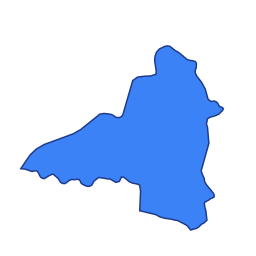 an SVG outline of Valga, rotated 101°
{"feature_id": "EST-2349", "entity_name": "Valga", "entity_type": "County", "adm_level": 1, "iso_a3": "EST", "parent_name": "Estonia", "parent_adm1": "", "projection": "mercator", "projection_center": [26.16, 57.869], "detail": "fine", "context": "isolated", "style": "filled", "palette": "blue", "viewbox_px": 256, "rotation_deg": 101, "n_neighbors": 0, "source": "natural_earth", "source_scale": "10m", "svg_char_len": 1733}
<svg xmlns="http://www.w3.org/2000/svg" viewBox="0 0 256 256"><g transform="rotate(101 128 128)"><path d="M52.2,115.1L48.2,114.5L44.4,112.2L40.9,107.5L39.9,105.0L39.8,102.9L39.8,102.5L43.0,96.4L44.0,93.2L45.3,90.5L49.4,83.3L49.8,80.5L49.7,77.4L49.8,74.9L51.4,73.2L55.7,72.5L58.3,73.0L61.1,72.5L63.9,70.5L68.8,64.8L75.0,59.6L84.3,55.0L85.4,53.3L86.1,51.1L85.3,49.4L85.1,48.0L85.6,46.0L86.8,44.5L89.2,42.5L89.6,41.1L89.8,39.6L90.8,38.1L92.8,38.5L97.3,41.7L99.6,45.2L101.7,49.4L103.7,51.7L109.0,51.8L112.4,50.0L127.7,45.7L156.0,48.0L159.2,46.3L163.0,43.5L165.8,42.7L168.8,40.1L175.5,32.0L177.5,30.5L179.6,30.4L181.5,33.3L183.1,34.8L186.4,38.7L188.3,38.4L191.5,37.3L193.8,36.0L203.5,32.9L206.7,35.3L208.3,37.3L211.9,39.9L213.4,41.6L216.2,47.1L212.9,50.8L212.3,51.9L211.2,55.3L209.3,62.1L209.5,64.7L209.2,68.1L209.6,74.4L209.1,80.1L207.7,84.1L207.0,100.7L187.6,103.6L182.0,105.6L181.4,107.2L181.2,109.8L181.3,112.7L180.4,116.7L178.5,120.0L177.3,122.4L177.3,125.1L182.1,126.3L183.7,129.7L181.5,135.8L181.8,137.3L182.1,147.3L186.6,151.2L191.3,152.8L192.8,155.2L193.0,157.6L192.0,161.8L190.9,163.7L189.2,164.8L188.0,166.1L188.0,167.9L188.9,170.3L189.3,173.5L190.6,175.6L192.6,177.3L194.6,179.3L194.9,181.7L194.2,183.9L190.8,187.0L187.6,192.6L187.9,193.7L190.0,196.5L193.7,200.5L193.7,202.2L193.1,204.1L191.6,205.6L188.5,207.9L187.5,209.6L187.7,210.8L188.4,212.6L189.0,214.0L188.0,221.0L188.4,225.5L175.0,219.8L172.9,218.8L165.9,213.8L160.1,207.0L144.1,180.6L138.5,174.1L119.8,158.3L118.3,154.4L117.8,147.9L118.3,145.0L119.3,143.1L119.9,141.2L119.3,138.2L118.0,136.6L116.0,135.6L80.5,132.4L76.2,128.3L74.1,121.9L72.5,115.5L70.0,111.0L67.4,111.0L65.5,111.6L56.4,114.8L52.2,115.1Z" fill="#3b82f6" stroke="#1e3a8a" stroke-width="1.5"/></g></svg>